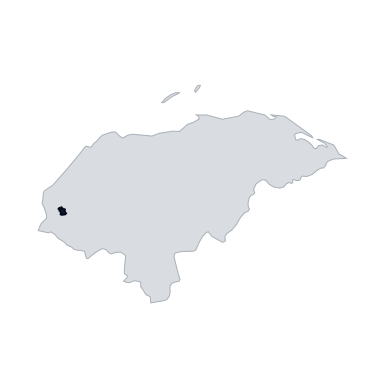 Cucuyagua, Copán, Honduras (highlighted), rotated 353°
{"feature_id": "27666195B10036969380413", "entity_name": "Cucuyagua", "entity_type": "district", "adm_level": 2, "iso_a3": "HND", "parent_name": "Honduras", "parent_adm1": "Copán", "projection": "natural_earth1", "projection_center": [-88.859, 14.693], "detail": "fine", "context": "in_parent", "style": "filled", "palette": "ink", "viewbox_px": 384, "rotation_deg": 353, "n_neighbors": 0, "source": "geoboundaries", "source_scale": "gbopen_adm2", "svg_char_len": 3961}
<svg xmlns="http://www.w3.org/2000/svg" viewBox="0 0 384 384"><g transform="rotate(353 192 192)"><path d="M349.3,177.4L336.3,176.5L330.1,178.3L327.4,182.5L325.1,184.3L323.2,183.9L319.3,185.5L313.4,189.2L308.1,190.6L303.3,189.7L302.0,190.6L301.6,191.8L300.9,193.0L299.1,193.6L296.9,193.3L294.6,192.0L293.3,192.5L293.2,194.9L291.9,195.6L289.5,194.4L286.7,195.3L283.7,198.2L279.5,198.8L274.0,197.1L269.7,194.0L266.7,189.4L263.0,188.3L256.7,191.7L254.1,195.7L253.5,198.1L254.2,200.3L253.0,201.8L250.1,202.5L247.8,205.2L246.3,209.9L246.0,213.5L247.0,216.0L245.5,217.9L241.7,219.1L237.1,223.1L231.9,230.0L226.7,234.7L221.5,237.4L219.1,240.5L219.2,243.8L218.9,244.8L217.9,245.2L216.3,245.7L206.2,238.5L203.3,233.4L200.9,234.2L197.7,236.7L193.3,242.4L188.6,250.1L186.3,250.9L174.4,249.8L168.2,250.5L166.9,251.5L166.3,254.3L166.7,258.1L168.4,271.6L169.4,277.2L168.5,278.9L165.3,279.2L161.1,280.0L158.9,282.6L158.3,285.2L158.1,288.9L156.8,292.6L154.3,295.4L151.7,296.3L137.6,297.1L137.8,290.8L133.7,288.3L131.4,283.0L129.4,279.5L130.0,277.4L129.8,274.9L124.1,272.9L118.7,274.4L115.6,273.5L113.3,272.1L117.2,269.0L117.5,267.1L116.2,265.8L115.0,264.9L115.3,261.4L116.1,257.2L118.3,247.5L117.5,245.9L113.9,243.0L109.3,242.7L104.3,243.6L101.9,242.1L99.8,238.8L96.2,237.2L89.8,239.8L83.1,243.8L81.0,245.3L79.3,245.1L78.6,242.1L78.2,238.5L77.8,237.7L74.2,236.4L70.0,235.5L67.9,234.5L65.9,232.1L60.9,229.0L59.8,226.7L53.1,221.4L51.7,218.8L50.2,216.8L47.0,214.4L44.4,215.0L36.0,212.0L34.7,211.7L35.9,209.0L38.5,204.9L44.4,200.3L44.8,196.6L43.3,189.5L41.8,184.9L42.6,182.9L44.4,174.6L45.9,172.7L54.3,168.5L55.1,167.9L61.7,162.0L69.1,155.5L76.7,148.4L85.3,140.3L90.0,135.7L92.2,133.6L97.1,135.3L101.0,131.5L103.2,130.2L108.4,125.7L110.1,124.7L118.8,122.8L123.1,122.9L126.8,127.5L129.7,130.0L135.3,127.8L139.9,127.4L159.1,131.6L166.7,129.7L180.7,129.3L187.0,130.4L195.8,124.3L201.5,123.1L208.2,120.3L207.3,117.4L205.7,116.1L215.9,117.3L231.1,123.5L247.4,122.4L253.2,119.1L256.9,118.1L273.6,124.4L278.0,129.3L281.4,129.8L284.0,128.7L284.7,127.6L281.5,126.6L280.0,125.1L293.1,128.1L317.8,151.0L318.4,152.9L307.8,146.1L302.2,146.6L300.8,147.7L301.1,151.4L301.6,153.1L304.0,153.3L305.8,152.3L310.1,153.5L313.0,156.0L316.6,159.8L318.7,163.9L320.9,163.9L323.1,161.5L327.3,161.2L330.1,163.9L332.0,163.8L329.3,159.5L322.9,155.2L324.4,155.1L338.5,162.7L342.5,172.3L345.9,174.5L349.3,177.4ZM183.6,95.0L175.5,99.6L173.0,99.6L176.7,96.0L182.7,92.9L187.8,91.4L192.0,92.0L183.6,95.0ZM211.4,90.1L207.6,93.5L206.9,91.9L208.7,88.8L211.0,86.9L213.3,87.1L212.7,88.5L211.4,90.1Z" fill="#d9dde1" stroke="#a8b0b8" stroke-width="1"/><path d="M58.4,191.5L58.2,191.6L58.0,191.8L57.9,191.8L57.8,192.0L57.7,192.0L57.4,192.1L57.4,192.4L57.4,192.5L57.5,192.5L57.9,192.6L58.0,192.7L58.0,192.8L58.1,193.0L58.2,193.3L58.0,193.1L57.9,193.1L57.7,193.2L57.8,193.3L57.9,193.5L58.0,193.6L58.3,193.8L58.3,194.0L58.2,194.0L58.1,194.3L58.3,194.3L58.5,194.4L58.6,194.5L58.7,194.8L58.6,195.1L58.6,195.3L58.7,195.5L58.8,195.5L59.0,195.7L59.0,195.8L59.1,196.0L59.1,196.4L59.1,196.5L59.1,196.8L59.1,197.1L58.9,197.3L58.9,197.5L59.0,197.6L59.3,197.8L59.3,198.0L59.2,198.0L58.9,198.1L58.7,198.3L58.8,198.4L59.0,198.4L59.0,198.5L60.0,199.0L61.8,199.0L63.6,198.9L64.7,197.8L64.0,196.8L63.5,195.5L63.4,195.4L63.5,195.3L63.5,195.2L63.5,194.9L63.4,194.7L63.5,194.6L63.4,194.5L63.4,194.4L63.5,194.4L63.5,194.2L63.6,193.9L63.8,193.9L64.0,193.8L64.0,193.7L63.9,193.6L63.7,193.6L63.4,193.5L63.3,193.4L63.2,193.4L62.9,193.3L62.7,193.3L62.7,193.2L62.4,193.2L62.4,193.3L62.3,193.2L62.2,193.1L61.9,193.2L61.7,193.0L61.7,192.9L61.8,192.8L61.8,192.7L61.7,192.7L61.6,192.8L61.4,192.8L61.4,192.7L61.3,192.4L61.3,192.2L61.2,191.9L61.1,192.0L60.9,192.1L60.9,191.9L60.7,191.9L60.6,191.7L60.6,191.8L60.4,191.9L60.4,191.7L60.5,191.7L60.4,191.6L60.2,191.7L60.2,191.4L60.1,191.5L59.9,191.5L59.7,191.6L59.7,191.4L59.2,191.5L58.9,191.5L58.7,191.6L58.7,191.8L58.5,191.7L58.4,191.5L58.4,191.5Z" fill="#0f172a" stroke="#020617" stroke-width="1.5"/></g></svg>